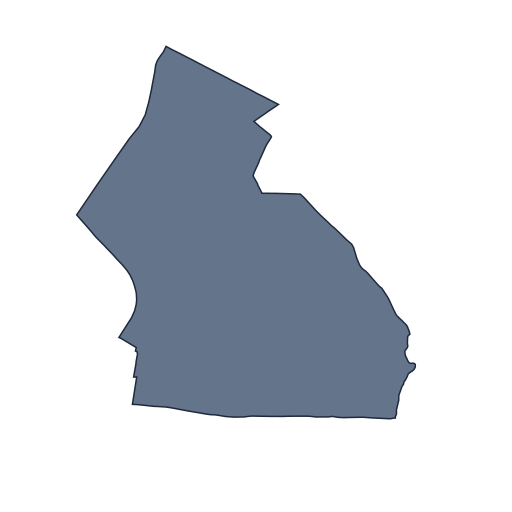 outline of Xicohtzinco, Tlaxcala, Mexico, rotated 106°
{"feature_id": "50627088B74142999724347", "entity_name": "Xicohtzinco", "entity_type": "district", "adm_level": 2, "iso_a3": "MEX", "parent_name": "Mexico", "parent_adm1": "Tlaxcala", "projection": "equal_earth", "projection_center": [-98.242, 19.172], "detail": "fine", "context": "isolated", "style": "filled", "palette": "slate", "viewbox_px": 512, "rotation_deg": 106, "n_neighbors": 0, "source": "geoboundaries", "source_scale": "gbopen_adm2", "svg_char_len": 3186}
<svg xmlns="http://www.w3.org/2000/svg" viewBox="0 0 512 512"><g transform="rotate(106 256 256)"><path d="M265.9,439.7L266.7,438.5L270.3,432.9L274.3,426.6L280.6,417.1L280.8,416.8L282.1,414.9L287.7,404.9L290.5,400.2L294.8,392.8L297.6,388.5L300.8,382.9L301.3,382.2L301.7,381.5L303.6,378.6L305.6,375.8L309.0,371.9L313.9,367.5L318.5,364.4L322.2,362.2L323.8,361.3L325.1,360.7L330.8,358.7L335.6,357.8L342.4,357.6L345.6,358.1L349.9,358.7L366.9,363.8L370.1,364.7L372.1,365.3L372.1,365.0L372.1,364.8L372.4,363.2L373.1,360.4L374.0,357.1L374.6,354.8L375.2,352.7L375.9,350.1L376.5,347.6L377.0,345.9L380.6,345.7L380.9,344.1L380.9,343.8L383.0,342.9L391.1,342.1L391.7,341.8L406.1,340.3L406.0,340.0L405.2,337.3L411.0,336.6L432.7,333.9L431.6,329.4L430.2,321.7L428.8,313.3L427.6,308.3L426.0,301.0L425.2,294.8L423.9,280.6L422.5,267.8L421.8,261.4L421.1,256.2L419.9,251.2L419.3,246.5L418.7,241.0L416.9,232.6L415.3,227.4L414.2,223.6L411.5,217.3L410.7,214.8L408.9,207.9L405.8,196.5L403.7,189.1L402.7,185.6L401.9,183.2L400.8,179.7L399.9,176.6L398.2,170.8L395.8,162.5L395.1,159.3L394.2,154.0L393.3,150.9L391.7,145.6L391.1,143.2L390.8,142.2L389.7,139.7L389.0,137.8L388.9,136.0L388.3,131.8L387.0,126.4L386.5,125.0L382.4,111.7L381.4,108.2L379.7,100.1L375.6,82.6L374.9,80.8L374.0,79.3L373.7,78.7L373.5,77.5L371.3,77.7L369.3,77.4L365.1,78.6L355.4,79.0L350.6,80.3L341.3,79.7L338.8,78.9L335.9,79.0L334.6,78.3L330.2,77.4L327.4,77.2L324.9,75.4L323.9,74.3L321.2,72.7L320.1,72.5L319.0,72.3L317.6,72.6L316.6,72.9L315.9,73.5L315.6,75.0L316.6,78.0L316.3,79.6L314.9,81.2L313.4,82.4L310.4,85.1L307.9,86.2L306.5,86.7L305.6,86.5L302.8,85.4L300.9,85.2L298.1,86.4L293.9,87.5L292.4,87.8L291.3,88.0L290.8,87.7L289.5,87.0L288.7,86.5L286.6,87.7L282.8,90.5L281.1,92.1L279.9,94.2L279.8,94.4L278.2,97.3L276.4,100.7L274.2,104.7L273.5,105.4L269.9,108.7L261.0,116.4L259.1,118.3L252.3,126.2L251.2,129.1L246.2,137.0L242.2,143.1L240.4,146.3L239.4,149.0L238.1,151.6L235.9,154.1L230.7,158.3L229.3,159.2L227.9,160.1L221.0,164.5L218.3,167.2L215.3,173.7L214.0,176.0L212.8,178.3L207.3,188.7L206.0,191.9L203.5,196.5L199.0,205.3L195.3,211.8L187.0,225.3L184.3,230.4L186.4,239.0L190.3,254.1L192.6,262.4L193.9,267.1L194.1,267.7L193.4,268.1L188.4,272.8L187.1,274.0L186.2,274.4L181.7,279.0L179.7,280.9L177.9,280.9L175.5,280.7L173.5,280.4L170.9,280.0L168.7,279.6L165.6,279.2L162.2,279.0L159.5,278.5L155.8,278.0L153.2,277.6L149.5,277.1L147.1,276.7L145.7,276.4L144.0,275.9L139.0,274.4L137.2,274.0L136.2,274.9L135.2,276.8L134.1,279.7L133.6,280.8L132.1,284.3L130.6,288.0L130.0,289.2L127.9,293.6L127.2,295.1L121.6,290.6L115.7,285.8L112.0,282.8L107.3,278.8L104.1,276.2L102.1,286.4L100.9,292.1L99.6,299.4L98.9,302.4L97.9,306.7L97.2,310.4L96.3,315.0L95.4,319.9L94.8,322.7L94.1,326.9L93.9,327.7L92.8,332.7L91.5,339.4L90.1,346.3L89.0,351.9L88.4,355.0L87.6,359.0L87.2,360.8L87.0,361.6L86.8,363.0L86.0,366.7L85.1,370.9L84.3,375.1L84.0,376.7L82.5,384.2L81.7,388.3L81.1,391.7L80.9,393.0L79.8,397.9L79.6,398.7L79.3,400.3L85.1,401.2L90.5,403.2L95.5,404.7L99.9,405.1L107.6,404.0L119.8,402.9L125.9,402.3L138.0,401.5L149.6,401.4L150.4,401.3L163.8,404.0L178.3,410.2L191.4,414.7L197.4,416.8L231.8,428.5L265.9,439.7Z" fill="#64748b" stroke="#1e293b" stroke-width="1.5"/></g></svg>